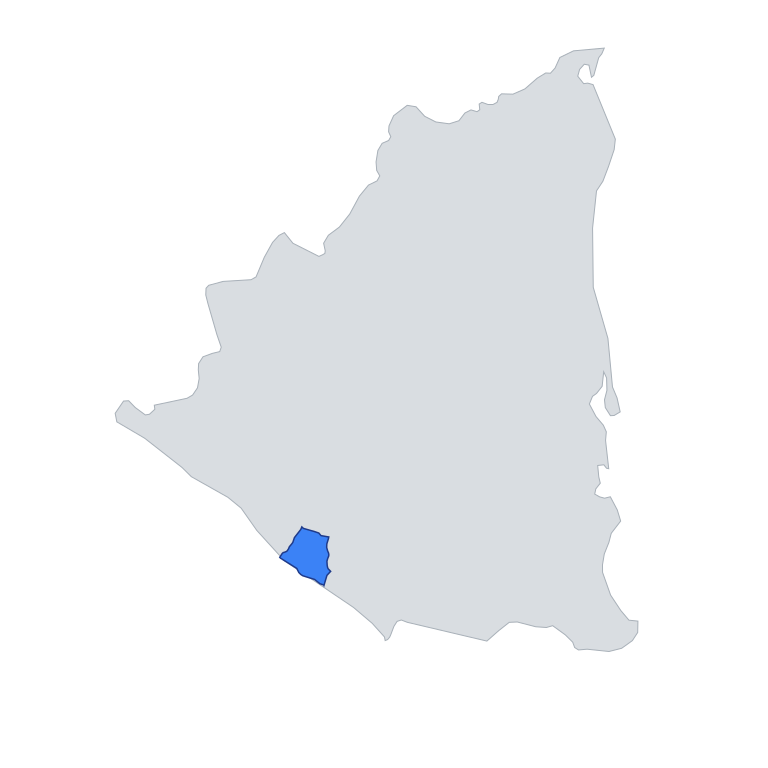 Carazo highlighted on a map of Nicaragua, rotated 351°
{"feature_id": "NIC-654", "entity_name": "Carazo", "entity_type": "Department", "adm_level": 1, "iso_a3": "NIC", "parent_name": "Nicaragua", "parent_adm1": "", "projection": "natural_earth1", "projection_center": [-86.252, 11.738], "detail": "fine", "context": "in_parent", "style": "filled", "palette": "blue", "viewbox_px": 768, "rotation_deg": 351, "n_neighbors": 0, "source": "natural_earth", "source_scale": "10m", "svg_char_len": 2925}
<svg xmlns="http://www.w3.org/2000/svg" viewBox="0 0 768 768"><g transform="rotate(351 384 384)"><path d="M654.1,86.7L650.8,91.9L647.1,95.3L639.5,112.0L636.9,113.5L636.3,101.1L631.8,99.5L626.4,103.9L623.5,110.3L628.2,118.6L632.3,118.7L637.3,121.0L650.8,178.3L648.0,188.5L639.7,204.4L631.9,218.0L624.1,226.5L614.4,262.6L605.8,321.2L612.3,374.0L609.2,422.7L612.0,434.2L612.9,448.5L606.4,451.1L602.7,450.7L598.9,441.9L599.3,434.1L603.2,425.1L604.8,412.8L602.9,406.3L599.1,420.4L592.4,426.6L588.0,428.8L583.7,435.9L588.3,449.3L594.2,459.0L596.1,466.0L594.0,474.4L592.7,502.8L590.6,502.0L588.5,498.2L582.3,497.9L581.6,509.4L582.1,515.8L576.8,520.7L574.9,525.7L579.3,529.2L584.0,531.3L589.9,530.8L594.7,544.9L596.3,556.4L585.1,567.0L581.3,575.7L575.0,586.3L571.5,596.8L570.4,604.3L574.8,628.0L582.5,644.9L589.0,655.6L597.7,657.9L595.7,669.1L589.2,676.3L577.4,682.2L564.4,683.4L543.1,677.7L534.5,677.1L531.1,674.1L530.0,668.5L523.9,660.2L512.8,649.1L506.3,649.9L495.9,647.5L478.4,639.9L470.4,639.0L458.8,645.5L445.4,654.0L412.9,640.7L390.2,631.4L369.7,623.0L364.2,619.8L359.8,620.5L355.9,624.9L351.5,632.6L350.0,634.9L347.6,637.0L345.0,637.6L344.9,633.9L334.9,618.5L318.9,599.9L257.9,542.9L235.5,508.8L223.5,484.3L212.1,471.5L179.2,445.4L171.6,435.0L139.1,400.1L114.2,379.6L113.9,370.9L124.1,360.1L129.2,360.6L134.6,368.3L143.4,377.2L147.6,377.2L153.7,373.1L153.8,369.0L187.2,367.3L193.2,365.0L199.2,358.6L202.3,349.7L202.8,341.0L204.1,334.8L209.5,328.8L219.2,326.9L226.8,326.3L229.0,322.2L226.7,309.1L222.7,277.1L221.9,268.2L223.2,261.6L226.3,259.1L241.1,257.5L269.0,260.2L274.4,258.2L285.6,240.1L296.1,226.7L303.5,220.8L309.3,218.9L316.1,230.8L339.7,247.8L343.7,246.7L346.0,245.8L346.8,243.3L346.4,235.5L352.3,228.4L364.5,222.0L376.8,210.7L389.1,194.6L399.8,185.1L408.9,182.3L412.4,177.8L410.2,171.9L410.9,163.4L414.5,152.4L419.8,146.0L426.7,144.2L429.4,140.8L428.0,135.6L429.3,129.9L435.5,120.5L450.5,112.4L459.0,115.2L466.1,126.0L476.2,133.3L489.1,137.2L499.2,135.7L506.3,129.0L512.8,126.9L518.5,129.6L521.5,128.1L521.8,122.4L524.8,121.1L530.4,124.2L535.4,125.0L539.7,123.5L541.4,120.7L542.3,117.9L545.5,115.8L556.7,117.9L569.3,114.6L583.2,105.9L592.4,102.1L597.0,103.1L602.4,98.7L608.8,89.0L623.3,84.6L654.1,86.7Z" fill="#d9dde1" stroke="#a8b0b8" stroke-width="1"/><path d="M293.2,573.5L293.1,573.1L289.4,571.2L284.9,566.2L273.8,560.7L272.0,559.1L270.4,556.9L269.0,552.5L254.6,539.9L253.9,538.9L256.9,535.5L258.1,534.7L259.1,534.7L259.8,534.5L261.2,534.2L261.9,533.9L262.3,533.6L263.8,532.0L265.1,529.9L268.3,527.1L269.2,526.1L271.5,521.7L279.0,514.7L280.5,512.3L281.8,514.0L292.7,519.1L296.3,521.0L297.8,523.5L298.1,523.9L304.5,526.1L305.5,526.4L305.0,527.9L302.5,533.0L301.8,536.5L302.2,540.0L302.8,542.3L302.8,544.0L302.5,545.2L301.1,547.5L299.9,550.1L299.5,554.4L299.6,556.4L299.9,557.7L302.0,560.7L297.8,564.0L297.5,564.5L296.7,566.2L293.2,573.5L293.2,573.5Z" fill="#3b82f6" stroke="#1e3a8a" stroke-width="1.5"/></g></svg>